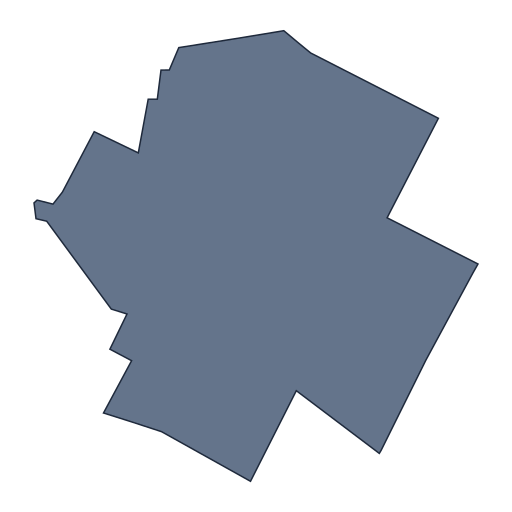 the district of Lamoille, Vermont, United States of America
{"feature_id": "52423323B54117752265696", "entity_name": "Lamoille", "entity_type": "district", "adm_level": 2, "iso_a3": "USA", "parent_name": "United States of America", "parent_adm1": "Vermont", "projection": "orthographic", "projection_center": [-72.691, 44.6], "detail": "fine", "context": "isolated", "style": "filled", "palette": "slate", "viewbox_px": 512, "rotation_deg": 0, "n_neighbors": 0, "source": "geoboundaries", "source_scale": "gbopen_adm2", "svg_char_len": 547}
<svg xmlns="http://www.w3.org/2000/svg" viewBox="0 0 512 512"><path d="M310.7,53.0L298.5,43.0L283.8,30.7L233.3,39.0L178.8,47.6L169.3,70.0L161.0,70.1L157.3,99.2L148.2,99.2L138.3,152.9L94.2,131.7L62.4,192.1L53.0,204.1L37.1,200.1L34.0,202.9L36.0,218.7L46.7,221.2L111.3,309.1L127.0,314.0L109.9,349.2L131.6,360.7L103.5,413.0L130.4,421.5L161.6,431.7L250.5,481.3L296.3,390.7L379.3,453.4L381.1,450.4L425.7,360.5L429.3,353.8L472.8,273.2L478.0,264.0L387.1,217.8L391.6,209.0L438.4,118.3L310.7,53.0Z" fill="#64748b" stroke="#1e293b" stroke-width="1.5"/></svg>